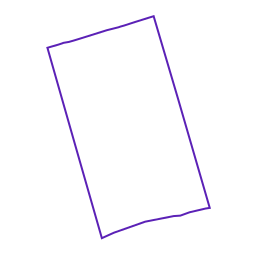 Okaloosa, Florida, United States of America, rotated 343°
{"feature_id": "52423323B76793643920341", "entity_name": "Okaloosa", "entity_type": "district", "adm_level": 2, "iso_a3": "USA", "parent_name": "United States of America", "parent_adm1": "Florida", "projection": "mercator", "projection_center": [-86.589, 30.688], "detail": "fine", "context": "isolated", "style": "outline", "palette": "violet", "viewbox_px": 256, "rotation_deg": 343, "n_neighbors": 0, "source": "geoboundaries", "source_scale": "gbopen_adm2", "svg_char_len": 507}
<svg xmlns="http://www.w3.org/2000/svg" viewBox="0 0 256 256"><g transform="rotate(343 128 128)"><path d="M74.4,27.7L72.5,129.0L70.8,225.7L80.1,224.5L84.1,224.0L117.0,222.6L146.0,225.6L152.4,227.1L162.3,226.6L178.7,227.7L182.8,228.3L184.4,114.5L185.2,28.6L184.3,28.6L180.6,28.6L166.7,28.7L165.7,28.7L154.1,28.9L150.5,28.8L148.5,28.9L136.4,28.3L135.3,28.3L108.2,28.5L104.3,28.5L101.6,28.5L96.6,28.4L91.2,27.7L90.7,27.7L90.4,27.8L85.7,27.9L74.4,27.7Z" fill="none" stroke="#5b21b6" stroke-width="2"/></g></svg>